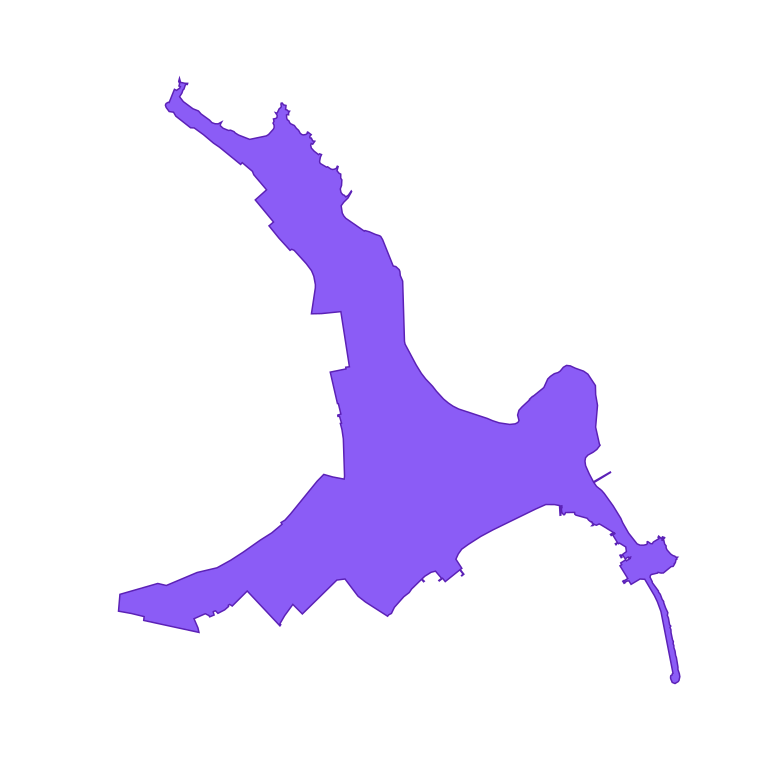 outline of Al Gumruk, Al Iskandariyah, Egypt, rotated 86°
{"feature_id": "37247803B59433804182787", "entity_name": "Al Gumruk", "entity_type": "district", "adm_level": 2, "iso_a3": "EGY", "parent_name": "Egypt", "parent_adm1": "Al Iskandariyah", "projection": "orthographic", "projection_center": [29.884, 31.203], "detail": "fine", "context": "isolated", "style": "filled", "palette": "violet", "viewbox_px": 768, "rotation_deg": 86, "n_neighbors": 0, "source": "geoboundaries", "source_scale": "gbopen_adm2", "svg_char_len": 6136}
<svg xmlns="http://www.w3.org/2000/svg" viewBox="0 0 768 768"><g transform="rotate(86 384 384)"><path d="M618.9,585.9L614.3,586.6L604.9,589.9L600.7,578.3L602.8,574.8L604.1,574.1L602.6,569.6L599.4,570.3L598.8,569.3L598.6,567.8L601.2,565.7L598.2,558.7L595.1,554.6L593.8,554.7L593.1,553.2L594.9,550.9L581.0,534.9L618.0,504.7L616.9,503.8L616.0,504.6L608.2,499.3L597.5,490.3L607.7,481.5L576.3,444.7L575.8,436.5L593.9,424.7L600.2,417.7L615.9,396.6L614.6,395.4L613.4,392.6L607.5,389.2L597.6,379.1L593.8,373.4L590.4,370.7L581.5,360.2L584.0,358.3L583.5,357.6L581.2,359.8L578.6,356.7L575.1,350.1L574.3,345.7L581.9,340.1L583.8,343.0L584.3,342.6L581.9,339.1L585.4,336.7L574.7,321.3L579.3,318.3L580.4,320.0L580.8,319.7L579.3,317.6L574.4,320.9L573.3,319.2L563.8,324.5L558.8,321.8L554.2,318.0L549.9,311.1L542.8,298.1L537.0,285.2L519.4,241.7L515.5,231.0L516.2,222.2L517.5,217.4L527.2,217.5L527.1,216.7L518.0,216.6L517.9,215.1L519.9,215.1L520.1,215.8L524.6,215.6L526.9,214.0L526.9,213.0L524.9,211.8L525.4,202.8L527.1,202.8L528.2,201.7L532.1,190.7L534.0,189.4L535.9,187.4L535.8,186.7L536.5,185.9L537.0,186.2L538.1,184.8L539.8,186.5L539.8,185.5L538.8,184.2L539.7,181.9L538.6,179.1L539.6,177.4L548.2,165.4L549.8,168.6L551.0,167.9L550.6,167.2L550.1,167.5L548.6,164.5L549.4,164.1L550.6,166.3L558.4,162.2L559.5,164.4L560.6,163.8L560.4,163.4L559.6,163.7L558.8,161.9L559.7,161.3L559.2,160.1L563.4,154.2L568.1,153.9L571.8,159.6L571.1,159.9L571.3,160.6L573.8,159.5L573.6,158.9L572.6,159.4L571.7,157.6L575.2,155.6L573.7,152.5L574.5,152.1L573.9,150.1L575.2,150.5L577.3,154.5L576.2,155.1L579.0,160.3L580.8,159.5L581.8,161.3L595.0,154.4L597.2,158.2L596.8,158.4L597.4,159.6L599.6,158.4L599.1,157.4L598.7,157.5L597.5,155.1L597.5,153.4L601.1,151.5L596.4,142.2L597.0,137.5L597.8,137.1L614.0,129.0L620.3,126.5L630.3,123.6L692.8,115.9L693.3,116.7L694.3,116.9L694.9,118.2L696.3,118.6L698.0,118.6L701.8,117.3L703.1,114.6L701.4,111.3L700.3,110.4L696.6,109.3L693.5,109.6L689.3,110.7L686.9,110.5L677.2,111.4L675.3,112.0L670.7,112.3L667.3,113.2L665.0,113.1L663.4,113.7L661.0,113.3L659.5,114.0L652.1,115.0L649.1,114.9L646.7,115.7L645.5,114.8L644.1,115.9L637.2,116.6L634.6,117.5L631.9,116.8L627.0,118.7L621.7,120.2L620.4,120.2L618.3,121.5L613.0,123.1L610.8,124.6L609.6,124.7L600.9,130.2L599.9,130.2L595.2,132.1L593.6,131.6L592.7,130.6L591.7,124.3L591.0,123.8L591.9,120.9L592.0,118.5L586.2,110.3L586.1,108.3L584.1,106.8L583.3,106.9L582.8,105.9L579.4,104.9L579.1,104.0L577.9,104.1L577.3,103.3L577.0,105.2L576.1,105.8L575.2,107.9L573.5,110.0L569.1,113.3L567.0,114.0L565.1,113.9L563.2,115.2L558.6,115.9L559.4,116.7L559.1,117.6L557.3,117.2L557.4,115.1L557.0,114.7L556.6,115.1L555.9,116.9L557.0,117.6L557.2,118.4L554.9,120.6L556.0,121.3L557.4,120.5L560.4,126.3L562.0,127.5L561.9,129.0L559.6,131.9L559.8,132.5L561.5,132.5L562.4,133.2L562.9,136.2L562.6,139.9L561.1,142.7L549.8,150.4L539.0,155.6L534.6,157.1L521.6,163.9L508.6,171.9L505.4,174.3L501.0,179.1L497.0,181.5L488.1,164.2L487.6,164.4L496.2,181.9L487.8,185.6L479.5,188.6L475.0,188.9L471.6,188.1L469.1,185.5L466.5,179.9L464.1,176.2L460.1,172.7L458.9,173.3L441.8,175.9L420.2,172.5L409.4,173.6L400.3,173.2L388.4,179.9L385.1,184.0L381.6,192.0L378.9,196.9L378.2,200.6L379.8,203.9L383.4,207.3L384.7,209.5L385.6,213.4L388.0,217.5L390.4,220.3L398.7,224.8L406.8,236.3L406.7,236.7L409.4,240.0L409.9,239.8L416.6,248.1L419.6,251.2L424.3,252.9L429.9,251.9L431.7,253.1L432.9,255.9L433.1,261.4L430.8,271.8L428.2,278.2L425.5,283.5L414.2,311.2L411.0,316.6L407.5,321.1L403.1,325.7L394.9,332.2L389.8,335.6L382.0,342.0L376.0,346.0L367.2,350.6L345.7,360.2L342.9,360.6L282.7,358.2L276.9,360.2L272.9,360.3L271.0,360.9L267.7,364.0L266.9,366.6L239.9,375.3L236.7,376.9L235.8,378.0L234.2,382.1L231.1,388.1L229.6,392.3L230.1,393.0L216.1,410.5L213.7,412.3L210.6,413.7L203.2,414.3L199.9,411.5L195.9,406.9L189.8,402.9L189.2,403.2L193.1,406.3L194.7,409.0L192.8,410.6L192.3,411.9L190.0,413.5L186.4,414.0L182.9,412.5L177.4,411.8L175.7,412.8L171.6,412.5L170.6,414.2L168.0,416.0L163.9,414.6L163.5,415.4L165.6,416.6L166.3,418.7L166.4,420.4L165.8,422.1L163.4,425.1L163.7,426.2L159.9,431.7L158.8,432.6L157.3,432.7L153.2,431.6L150.8,430.3L149.9,432.2L150.6,433.3L146.9,437.4L143.6,440.0L140.8,440.5L139.0,439.8L139.8,438.4L137.0,436.1L136.5,438.2L133.6,439.3L133.4,440.5L132.9,440.8L131.7,440.7L130.2,439.2L127.3,442.5L127.6,443.0L128.6,442.9L129.6,444.5L129.9,447.1L129.4,448.6L128.0,450.1L125.0,451.5L122.8,453.6L119.9,455.4L117.9,458.9L116.7,459.9L114.7,460.6L113.7,462.0L112.1,462.5L108.8,462.5L108.5,461.7L108.8,460.4L106.8,460.3L105.3,459.2L105.1,460.5L104.0,461.4L103.3,463.0L99.3,462.3L98.5,464.8L96.7,465.8L96.6,466.9L97.6,467.3L100.0,467.1L101.0,467.7L102.3,469.5L106.0,471.5L106.3,472.0L105.8,473.3L108.6,471.8L110.7,472.2L111.5,473.3L111.9,475.8L114.3,475.4L116.0,476.5L118.2,475.6L120.5,475.7L122.1,476.6L127.1,481.8L128.3,484.1L130.6,500.9L125.5,511.7L123.2,514.9L121.8,516.0L120.1,519.3L120.2,521.5L117.7,526.6L115.0,529.2L113.5,529.1L111.3,527.7L112.9,531.3L112.6,534.4L111.3,537.4L108.6,539.6L101.8,547.7L98.7,550.0L96.1,555.4L88.3,564.5L83.2,567.9L79.7,565.3L76.8,564.1L75.9,563.0L71.8,561.3L71.3,560.6L71.5,559.3L70.4,558.9L70.1,561.7L68.9,565.9L64.9,566.7L67.8,567.7L70.1,566.9L72.4,567.8L73.1,566.4L74.6,567.2L76.6,570.5L75.4,572.5L88.2,578.7L87.9,579.5L88.8,581.5L89.7,582.3L90.8,582.6L93.0,582.0L97.2,579.3L98.2,575.0L102.3,573.0L111.8,562.5L114.9,559.1L115.3,555.5L122.6,546.8L131.8,537.3L136.3,531.6L155.0,511.7L153.3,510.0L162.7,500.4L166.2,499.3L182.1,487.6L191.4,499.6L214.7,482.9L218.2,487.7L231.2,478.6L244.1,468.4L243.2,466.6L244.4,464.3L258.6,453.1L265.9,448.4L271.6,446.5L280.1,445.5L283.4,445.8L308.9,451.5L309.4,441.4L308.8,422.0L364.4,417.3L364.6,421.0L366.3,420.9L368.4,436.8L400.3,431.8L400.4,430.9L411.0,429.1L411.8,432.3L413.1,432.2L413.2,430.6L420.1,429.1L420.3,430.3L426.6,429.1L435.9,428.4L473.4,429.8L476.1,430.4L473.2,441.5L470.0,450.4L476.3,457.5L507.2,486.4L512.9,492.3L515.0,496.4L516.8,495.5L524.7,506.4L531.1,518.3L541.8,536.0L549.1,549.2L555.7,563.4L559.0,583.6L569.8,615.2L567.2,623.6L575.4,662.1L592.1,664.7L595.3,652.0L599.3,639.5L603.1,640.2L618.9,585.9Z" fill="#8b5cf6" stroke="#5b21b6" stroke-width="1.5"/></g></svg>